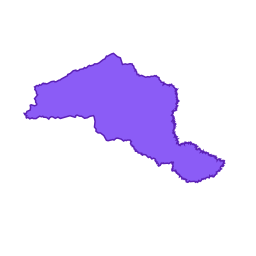 the district of Becerrill, Cesar, Colombia, rotated 223°
{"feature_id": "7082276B21429087141697", "entity_name": "Becerrill", "entity_type": "district", "adm_level": 2, "iso_a3": "COL", "parent_name": "Colombia", "parent_adm1": "Cesar", "projection": "equal_earth", "projection_center": [-73.426, 9.754], "detail": "fine", "context": "isolated", "style": "filled", "palette": "violet", "viewbox_px": 256, "rotation_deg": 223, "n_neighbors": 0, "source": "geoboundaries", "source_scale": "gbopen_adm2", "svg_char_len": 5860}
<svg xmlns="http://www.w3.org/2000/svg" viewBox="0 0 256 256"><g transform="rotate(223 128 128)"><path d="M38.6,139.3L39.1,141.3L38.1,141.6L38.0,143.0L36.8,143.3L36.9,144.9L36.4,146.0L34.6,147.0L35.7,148.9L34.7,148.8L34.1,150.5L33.4,149.8L32.0,150.7L32.0,151.5L32.6,152.1L32.1,152.7L32.3,153.9L31.8,155.1L33.3,156.1L32.5,157.5L32.8,158.8L31.7,159.0L32.2,160.6L31.8,161.8L33.2,161.6L33.9,163.2L32.4,164.5L32.4,165.9L32.9,166.1L33.7,165.3L33.8,166.8L34.2,165.9L33.5,168.1L34.5,168.0L35.3,170.3L35.5,168.5L36.5,169.0L36.7,168.2L37.3,167.7L37.6,168.3L37.5,167.4L38.0,167.7L38.3,167.2L38.8,168.0L38.7,167.5L39.1,167.2L39.3,167.9L39.6,167.3L40.3,167.6L40.9,166.3L40.7,165.2L41.4,165.9L43.4,165.5L43.3,166.8L43.8,166.6L43.8,166.0L44.1,166.6L44.8,166.0L44.9,166.7L45.4,166.0L45.3,166.3L45.5,166.4L45.5,166.7L45.8,167.0L45.6,166.7L46.0,166.0L46.7,166.0L46.7,165.0L46.8,165.5L47.2,164.9L47.8,165.2L48.0,164.3L48.9,164.9L49.0,164.1L49.5,164.4L49.8,163.5L50.3,163.8L50.8,163.3L52.1,164.5L53.7,163.5L53.8,162.9L54.2,163.2L54.2,162.6L55.3,163.4L55.0,163.1L55.4,162.0L56.2,162.4L56.4,161.3L57.3,162.2L57.1,161.2L57.8,161.7L58.4,160.2L58.6,161.3L60.3,161.4L61.0,160.9L61.5,162.0L62.2,161.7L62.6,159.2L64.0,159.0L64.2,160.3L64.9,160.5L64.8,161.2L65.4,160.6L65.3,161.5L65.8,161.1L66.6,161.9L67.0,160.9L67.8,161.4L68.8,160.5L69.2,161.0L69.9,160.0L71.2,160.3L71.3,159.1L72.6,160.3L73.1,159.2L73.9,158.8L73.8,158.0L73.1,158.5L73.0,157.8L74.1,157.8L75.2,156.5L75.4,157.2L76.5,156.6L76.1,156.1L76.6,155.2L75.8,154.5L76.9,154.7L77.4,154.2L77.4,152.8L78.2,152.2L77.9,150.7L78.4,150.6L78.6,151.7L79.1,150.3L80.7,150.9L81.8,149.8L82.3,150.7L81.7,152.1L82.3,152.0L82.1,152.8L82.7,152.1L83.8,153.0L84.2,152.5L84.2,153.5L84.8,152.5L84.7,153.0L85.4,153.0L85.5,153.9L86.4,153.9L86.2,155.0L86.8,154.8L86.7,154.0L87.1,153.6L87.4,154.1L87.9,153.4L88.2,155.2L88.8,155.3L89.0,154.8L90.6,156.3L91.0,154.9L91.6,155.0L91.2,155.5L91.7,155.7L91.6,156.5L92.1,156.1L93.3,156.9L93.5,157.5L93.0,157.9L93.8,158.6L93.5,159.4L94.2,159.6L94.2,160.7L94.8,160.1L96.5,161.8L95.5,162.2L95.8,162.5L95.6,163.2L96.1,163.6L96.6,162.8L98.1,162.6L97.8,162.9L98.4,163.7L97.9,163.3L98.0,164.4L99.1,164.0L99.3,164.9L100.5,163.2L100.8,164.5L100.2,165.0L100.9,165.7L100.6,166.3L101.3,166.8L102.0,166.3L102.0,167.3L102.9,167.1L103.6,167.9L104.4,167.7L104.4,167.0L104.9,166.9L105.1,169.7L105.9,170.6L106.0,169.8L106.6,170.3L106.0,171.5L106.9,170.9L106.7,172.1L105.9,171.8L104.8,174.3L105.3,174.5L105.5,173.9L105.7,175.1L106.4,174.8L106.2,175.6L107.1,176.1L106.6,176.8L107.0,177.0L106.8,178.1L108.5,178.0L109.5,178.6L109.6,179.3L108.8,179.8L110.3,180.8L109.8,181.8L109.3,181.1L109.2,182.4L111.8,181.8L111.9,182.3L111.5,182.4L111.4,182.9L113.6,183.4L113.2,184.1L114.0,184.3L115.0,186.1L115.3,185.3L116.1,185.9L116.9,185.0L116.4,186.4L116.8,187.3L117.9,186.9L118.3,189.4L118.9,188.1L119.4,189.5L120.4,188.8L121.6,189.3L122.4,189.0L123.3,189.9L124.2,189.1L125.9,189.7L126.2,188.5L126.7,188.4L126.6,187.4L127.2,188.0L127.5,187.0L128.3,186.9L128.4,186.3L131.2,185.6L131.7,183.7L132.9,185.8L134.9,184.1L136.3,184.8L138.2,184.7L139.7,186.0L141.5,185.3L143.0,185.5L143.3,184.6L144.1,184.6L144.9,182.8L146.4,181.6L147.0,180.0L148.6,179.0L149.6,177.2L153.9,175.8L155.4,173.8L156.8,174.5L157.7,173.3L160.4,175.1L161.3,175.3L161.8,174.8L162.0,175.8L164.2,175.9L166.2,177.2L167.5,177.0L168.5,177.7L170.4,176.4L171.9,174.0L173.6,173.1L175.4,170.7L181.4,174.1L184.5,172.9L189.5,172.7L190.5,171.0L192.1,166.2L192.8,165.9L192.0,162.7L192.8,161.1L193.6,155.8L194.4,153.8L196.2,152.1L196.4,150.2L197.8,147.9L198.9,147.5L199.4,145.7L199.3,144.0L200.0,142.8L201.1,142.5L201.0,140.9L203.3,137.8L203.2,136.7L204.1,135.1L204.8,134.4L205.6,134.8L207.1,132.5L207.4,128.5L208.6,126.0L207.9,125.1L210.2,118.3L210.3,117.0L211.2,115.7L212.0,113.0L212.9,111.9L214.0,111.8L215.7,109.6L216.9,105.9L218.0,104.3L219.2,104.0L219.5,103.0L220.5,103.0L220.9,102.0L220.7,100.7L221.4,99.5L222.3,99.3L222.2,97.7L223.6,97.0L224.3,94.3L223.3,94.2L222.4,92.6L220.0,92.2L218.3,90.7L216.7,90.6L216.4,85.7L214.2,85.1L213.2,83.9L211.1,83.4L210.6,82.6L211.4,80.6L214.7,78.9L215.0,77.9L213.2,76.5L211.8,74.4L213.2,71.2L212.5,69.7L212.6,68.9L213.8,67.9L212.4,67.4L210.5,68.0L210.2,66.6L209.1,66.1L208.3,67.6L206.1,67.7L205.0,70.0L203.7,70.3L201.7,72.1L200.7,76.3L198.8,77.3L198.3,78.5L197.2,78.3L194.8,80.2L192.0,80.5L192.3,82.0L191.8,84.0L190.7,84.8L187.8,85.5L186.7,88.2L184.0,88.8L178.8,97.4L174.1,99.7L173.9,100.4L174.6,101.4L174.1,102.7L171.5,103.6L169.9,105.0L166.4,105.5L164.7,107.8L163.9,110.5L161.8,113.4L160.6,113.2L156.6,110.4L153.2,105.8L150.5,105.4L149.3,103.8L146.5,104.0L144.8,105.6L140.5,106.0L135.4,104.3L133.9,105.1L131.1,109.3L130.0,109.6L129.7,112.3L128.6,113.6L125.4,115.2L122.3,115.5L121.9,117.0L120.6,117.7L120.3,118.7L118.2,120.6L117.2,120.2L116.4,120.5L115.8,118.6L114.0,117.7L113.0,118.3L112.2,117.4L111.3,118.3L109.1,116.9L108.6,117.3L107.2,116.4L106.9,117.0L106.5,116.3L105.0,117.4L103.6,116.7L100.6,118.9L100.0,118.4L100.1,117.8L98.8,118.1L98.7,119.1L96.8,120.5L93.0,120.3L92.2,121.9L89.4,121.6L88.7,123.3L87.4,123.9L86.3,123.5L86.2,123.0L85.6,123.3L85.0,122.3L83.5,122.9L83.3,122.0L82.5,121.7L81.9,122.5L80.5,121.8L80.4,121.1L79.6,121.1L79.0,122.6L79.6,124.8L79.2,124.7L78.4,126.4L77.8,126.3L74.9,129.4L73.8,129.8L73.0,132.7L72.3,133.0L71.9,132.4L71.7,133.7L71.1,133.5L71.3,132.6L68.8,130.6L68.9,129.8L67.9,129.2L67.9,127.8L67.3,127.7L67.3,127.1L67.1,127.6L66.9,127.1L66.3,127.5L66.1,127.1L64.4,129.5L64.0,129.1L64.3,128.5L63.3,128.5L63.6,128.9L63.1,129.2L62.0,128.3L61.4,128.6L61.4,128.2L59.2,128.9L59.3,128.3L57.8,128.7L57.0,127.5L56.7,128.5L55.3,128.7L53.9,127.6L53.5,128.6L52.7,128.3L52.6,129.2L51.5,129.1L51.3,129.7L50.0,130.1L49.8,129.1L48.6,128.4L47.2,129.1L46.8,131.3L45.9,131.2L43.2,134.2L41.5,134.5L41.7,135.3L40.0,135.8L40.4,137.5L40.1,137.5L40.2,138.0L38.9,138.1L38.6,139.3Z" fill="#8b5cf6" stroke="#5b21b6" stroke-width="1.5"/></g></svg>